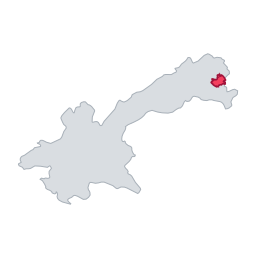 Sanamxay, Attapu, Laos (highlighted), rotated 275°
{"feature_id": "54806243B21104398525557", "entity_name": "Sanamxay", "entity_type": "district", "adm_level": 2, "iso_a3": "LAO", "parent_name": "Laos", "parent_adm1": "Attapu", "projection": "robinson", "projection_center": [106.401, 14.728], "detail": "fine", "context": "in_parent", "style": "filled", "palette": "rose", "viewbox_px": 256, "rotation_deg": 275, "n_neighbors": 0, "source": "geoboundaries", "source_scale": "gbopen_adm2", "svg_char_len": 6433}
<svg xmlns="http://www.w3.org/2000/svg" viewBox="0 0 256 256"><g transform="rotate(275 128 128)"><path d="M90.6,24.9L91.8,27.2L97.3,33.6L98.2,35.3L100.2,36.6L101.9,42.3L102.6,42.6L103.5,42.2L104.2,41.4L104.8,39.2L105.2,39.0L105.8,40.8L107.4,41.4L108.1,42.1L108.3,43.5L108.0,44.9L106.7,48.1L105.9,52.4L111.3,61.7L113.5,62.9L118.9,64.4L122.6,66.5L124.3,66.0L125.9,63.7L127.9,62.4L131.6,60.4L132.6,60.3L134.6,61.1L137.9,63.4L142.9,67.7L142.7,68.9L141.8,70.0L139.1,71.7L138.3,72.8L138.8,73.2L141.0,73.5L143.7,74.4L144.5,75.6L144.9,78.1L145.4,78.6L147.8,78.3L148.6,78.7L149.4,79.5L150.3,81.7L150.3,83.3L147.8,86.1L147.5,87.8L146.3,89.8L142.9,93.1L142.0,93.3L135.9,91.5L131.0,91.7L130.6,92.4L131.4,94.5L131.7,96.5L130.9,98.0L128.1,100.0L128.0,100.9L128.5,101.8L132.6,103.6L145.7,113.3L151.6,115.1L154.2,116.4L154.9,117.1L154.9,117.9L154.2,119.0L153.6,120.9L153.6,122.0L154.2,123.1L155.2,124.8L158.9,128.5L161.6,129.3L164.4,133.6L165.2,137.2L166.6,139.6L173.4,147.6L179.0,152.5L182.4,157.8L184.0,159.0L184.6,160.9L185.0,166.5L187.0,169.3L187.4,170.4L188.2,171.2L189.2,171.4L191.2,169.6L191.6,169.8L192.5,172.8L193.3,173.9L196.3,175.7L199.5,179.2L201.2,180.5L203.3,181.5L203.6,182.6L203.3,183.8L202.6,184.5L198.9,186.6L198.4,187.5L200.8,192.0L207.0,197.6L208.9,201.0L208.5,202.6L206.8,205.9L205.5,206.8L205.2,207.8L206.2,210.5L206.0,214.6L204.9,215.6L203.8,218.1L203.0,218.3L201.1,217.4L197.2,221.7L195.5,221.5L193.5,223.9L190.9,224.3L189.2,222.5L185.4,219.6L184.0,217.7L182.9,219.3L180.9,220.8L178.1,220.3L177.3,222.4L176.8,222.8L173.4,223.2L172.7,223.6L173.3,225.5L175.3,228.9L175.9,230.8L174.6,234.0L171.1,233.9L169.5,232.6L167.5,229.9L163.0,228.2L160.0,229.4L159.1,229.3L156.9,227.1L156.0,225.6L155.5,223.5L159.0,221.7L160.7,220.4L161.8,218.9L162.3,217.4L162.9,211.2L163.4,209.0L163.1,206.3L162.2,204.2L162.2,201.0L162.7,198.4L164.0,197.1L164.9,195.2L165.4,191.1L165.0,190.0L163.7,189.0L161.6,188.0L160.2,186.8L159.7,185.3L159.7,184.0L160.4,182.9L158.8,181.7L154.8,180.3L152.6,178.6L152.2,176.7L150.5,174.2L147.7,171.1L146.3,166.6L146.1,160.7L146.5,156.0L147.7,150.4L146.1,146.5L144.3,144.4L141.8,142.8L139.4,140.6L137.1,137.7L134.4,133.4L131.3,127.8L129.1,125.3L128.0,125.8L125.7,125.3L122.3,123.7L119.2,122.8L116.6,122.7L114.9,123.1L114.1,123.9L114.1,124.8L114.7,125.6L114.4,126.3L113.0,126.7L111.9,127.7L110.6,129.7L109.8,132.4L108.5,133.5L106.5,133.7L104.5,134.5L102.6,135.8L101.7,136.8L101.8,137.5L101.3,137.6L100.4,137.3L100.0,136.4L100.0,135.0L99.0,134.0L97.0,133.5L94.7,132.0L90.4,128.1L89.4,127.9L87.9,128.9L86.0,131.1L84.5,132.0L83.3,131.5L82.3,132.3L81.6,134.3L80.4,135.9L74.5,140.1L69.1,145.5L67.8,146.0L64.6,144.5L63.6,143.4L68.1,132.3L68.8,129.6L68.6,126.1L66.8,123.1L66.7,122.2L67.0,121.3L69.3,117.9L72.0,109.0L71.8,106.2L70.7,103.2L70.1,100.3L70.6,96.4L70.5,94.9L69.2,94.1L65.2,93.3L62.9,94.0L61.8,95.0L60.4,95.7L57.9,96.1L55.5,94.7L53.5,92.5L53.0,89.7L55.6,83.8L56.2,81.5L56.2,80.4L55.7,79.3L55.1,79.1L53.9,77.7L52.6,75.3L51.5,74.2L50.3,74.4L49.3,75.3L47.6,77.6L47.1,77.3L48.6,69.1L50.1,65.6L51.7,64.0L53.5,63.3L55.3,63.6L56.9,63.3L58.1,62.4L58.0,62.0L56.5,61.8L56.0,60.9L56.3,59.2L56.9,58.0L58.0,57.5L59.0,55.8L59.9,52.8L61.1,51.2L62.4,51.2L64.7,49.9L68.0,47.4L69.3,44.9L70.5,46.1L70.1,48.9L70.7,49.5L71.0,50.5L70.8,52.1L71.1,53.4L71.6,54.1L72.3,54.4L75.8,53.3L77.9,53.2L81.3,55.3L83.4,53.7L83.4,53.1L81.8,51.2L82.3,44.0L82.1,38.5L79.3,34.5L78.8,32.9L78.5,30.2L77.7,28.0L79.7,26.2L80.9,22.8L82.3,22.0L82.8,22.1L84.5,24.6L86.7,23.4L88.4,23.4L89.8,24.1L90.6,24.9Z" fill="#d9dde1" stroke="#a8b0b8" stroke-width="1"/><path d="M177.7,210.4L177.6,210.6L177.5,210.8L177.4,211.0L177.2,211.4L177.2,211.5L177.1,211.8L177.1,212.0L176.9,212.2L177.0,212.3L177.1,212.5L177.3,212.5L177.2,212.7L177.0,212.8L176.9,212.9L176.8,213.0L177.0,213.2L177.0,213.4L177.0,213.5L177.0,213.8L177.1,213.7L177.3,213.7L177.3,213.8L177.3,214.0L177.5,214.2L177.5,214.3L177.6,214.5L177.9,214.6L178.1,214.8L178.4,215.0L178.5,214.9L178.7,215.0L178.6,215.3L178.8,215.4L178.8,215.6L179.0,215.7L179.0,215.8L179.1,216.0L179.2,216.3L179.1,216.5L179.1,216.8L179.1,217.0L179.1,217.3L179.3,217.3L179.4,217.5L179.5,217.5L179.8,217.9L179.9,218.0L180.0,218.1L180.2,218.3L180.1,218.5L180.2,218.8L180.2,219.0L180.4,219.0L180.7,219.2L180.7,219.3L180.7,219.5L180.4,219.5L180.3,219.8L180.3,220.1L180.6,220.0L180.8,220.1L180.9,220.3L180.6,220.5L180.4,220.5L180.1,220.6L180.1,220.8L180.4,221.0L180.5,221.1L181.2,220.8L181.3,220.8L181.7,220.9L182.0,220.9L182.3,220.6L182.3,220.4L182.6,220.1L182.7,219.9L182.6,219.7L182.5,219.3L182.6,219.1L183.0,219.3L183.4,219.4L183.5,219.4L183.6,219.5L183.7,219.9L183.7,220.0L183.9,220.0L184.0,220.1L184.0,220.3L184.0,220.5L184.1,220.8L184.3,220.8L184.3,221.0L184.5,221.0L186.2,219.8L186.3,219.6L186.5,219.6L186.7,219.4L186.8,219.3L186.9,219.2L187.0,219.2L187.3,218.8L187.7,218.5L187.9,218.2L188.1,217.9L188.4,217.7L188.5,217.6L188.6,217.4L188.5,217.1L188.5,216.9L188.6,216.7L188.8,216.7L188.9,216.4L189.0,216.2L188.8,216.2L188.7,216.2L188.7,216.3L188.4,216.3L188.2,216.2L188.3,216.1L188.2,216.1L187.9,215.9L187.8,215.7L187.7,215.5L187.8,215.5L187.7,215.5L187.9,215.4L188.0,215.2L187.9,215.1L188.0,215.1L188.2,214.9L188.3,214.8L189.0,214.4L189.5,214.2L189.3,214.1L189.0,214.0L188.8,213.7L188.7,213.6L188.6,213.4L188.7,213.2L188.8,213.0L188.8,212.9L188.7,212.7L188.4,212.4L188.2,212.4L188.2,212.5L187.6,212.8L187.4,212.7L187.2,212.6L186.9,212.8L186.5,213.2L186.4,213.2L186.3,213.3L186.2,213.2L186.1,212.9L185.9,212.7L186.0,212.6L185.9,212.5L185.7,212.4L185.3,212.6L185.1,212.7L184.8,212.6L184.6,212.5L184.4,212.5L184.2,212.2L184.0,211.9L183.9,211.9L183.8,211.6L183.8,211.4L183.6,211.3L183.6,211.2L183.9,210.8L184.0,210.7L183.9,210.4L183.6,210.2L183.8,209.9L184.0,209.7L183.9,209.3L184.0,209.1L183.9,209.1L184.1,208.6L184.2,208.4L184.1,208.2L184.2,207.9L184.2,207.7L184.3,207.6L184.2,207.4L183.9,207.4L183.8,207.6L183.7,207.6L183.4,207.7L183.2,207.8L183.0,208.1L182.8,208.4L182.8,208.6L182.7,208.7L182.3,208.4L182.5,208.3L182.5,208.2L182.4,208.1L182.3,207.9L182.1,207.8L182.0,207.7L181.9,207.6L181.7,207.4L181.5,207.2L181.4,207.2L181.1,207.1L180.9,207.0L180.7,207.2L180.6,207.3L180.5,207.2L180.4,207.2L180.4,207.3L180.4,207.0L180.2,207.1L180.1,207.3L179.9,207.6L179.6,207.7L179.6,207.8L179.6,208.0L179.6,208.3L179.5,208.5L179.4,208.6L179.2,208.6L178.9,208.8L178.7,208.8L178.5,209.0L178.4,209.2L178.4,209.3L178.2,209.5L178.0,209.8L178.0,210.0L177.9,210.0L177.7,210.3L177.7,210.4Z" fill="#f43f5e" stroke="#9f1239" stroke-width="1.5"/></g></svg>